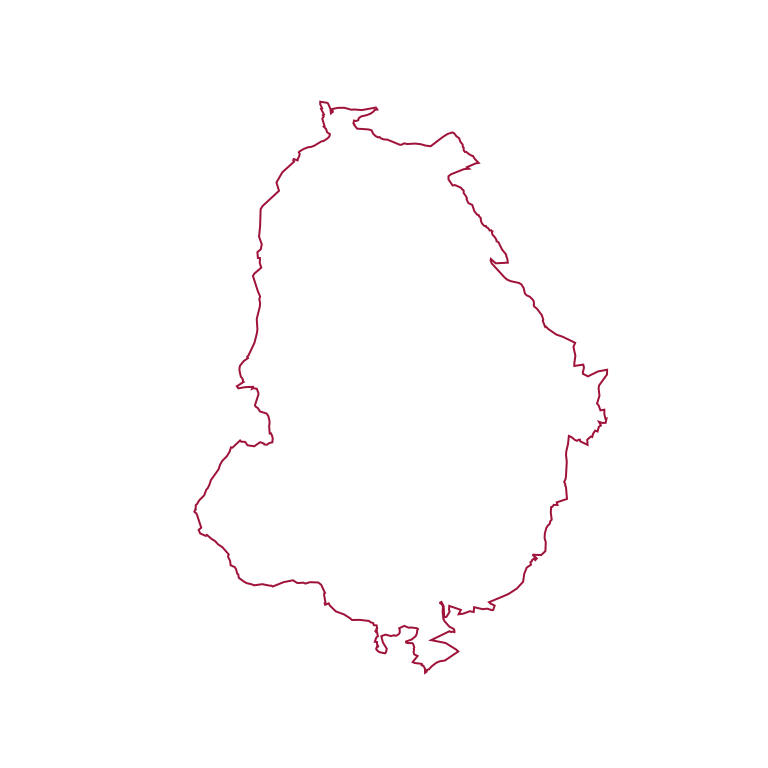 the district of Runcu Salvei, Bistrita-Nasaud, Romania, rotated 164°
{"feature_id": "2599482B46893118391872", "entity_name": "Runcu Salvei", "entity_type": "district", "adm_level": 2, "iso_a3": "ROU", "parent_name": "Romania", "parent_adm1": "Bistrita-Nasaud", "projection": "robinson", "projection_center": [24.328, 47.36], "detail": "fine", "context": "isolated", "style": "outline", "palette": "rose", "viewbox_px": 768, "rotation_deg": 164, "n_neighbors": 0, "source": "geoboundaries", "source_scale": "gbopen_adm2", "svg_char_len": 6160}
<svg xmlns="http://www.w3.org/2000/svg" viewBox="0 0 768 768"><g transform="rotate(164 384 384)"><path d="M429.5,115.8L426.7,113.3L433.1,108.8L431.5,107.4L424.9,104.6L424.7,103.7L425.2,103.2L423.8,102.2L423.1,99.1L424.1,95.1L422.4,95.7L421.4,97.3L419.5,97.3L415.9,99.5L410.6,101.6L407.0,102.1L401.7,101.4L386.3,106.4L387.8,108.8L396.1,118.0L409.3,124.8L389.2,128.3L387.9,127.0L386.7,127.2L384.7,126.1L384.2,127.9L384.5,129.3L388.0,132.7L391.1,139.1L391.7,141.7L390.5,148.7L388.6,154.0L389.4,156.8L390.4,157.7L390.3,158.4L388.9,158.7L387.9,154.0L390.4,143.1L388.1,143.0L384.5,146.2L383.6,147.3L383.8,148.9L382.4,152.7L372.4,145.7L375.7,142.1L371.2,141.4L364.1,141.9L360.6,140.1L358.9,144.6L351.1,140.3L346.7,139.6L342.5,136.8L341.3,136.7L338.7,140.5L342.1,143.6L343.2,145.3L322.3,147.8L312.6,150.8L304.8,155.5L301.5,162.9L297.4,168.2L292.6,169.7L292.3,172.4L290.7,173.0L290.2,173.9L288.1,174.8L287.1,173.0L285.2,174.2L287.9,178.3L287.6,178.8L280.1,176.2L274.9,178.9L272.1,187.4L272.1,191.6L270.6,196.0L267.7,200.8L265.6,202.7L263.3,203.9L261.9,206.3L260.2,207.4L259.1,214.5L257.3,219.6L256.0,219.6L254.1,221.0L250.6,219.9L250.6,222.6L239.8,223.1L237.5,234.7L237.8,236.7L237.3,237.7L237.8,240.2L235.6,242.7L234.6,244.9L229.7,259.0L228.6,265.6L227.2,269.3L223.7,275.5L220.6,283.1L218.4,281.3L215.8,277.5L214.2,276.2L212.6,276.8L211.0,276.4L211.2,275.1L210.7,274.4L205.1,269.4L204.0,274.4L199.6,276.5L198.4,275.7L196.7,278.6L193.8,281.0L191.8,279.5L189.3,283.6L186.9,284.4L187.8,288.4L184.9,286.4L181.7,285.6L179.6,289.5L180.7,289.5L180.5,294.2L179.3,298.6L183.2,299.0L183.6,304.4L184.6,306.5L180.1,313.4L178.9,320.7L177.7,323.3L167.0,331.7L165.6,336.2L174.8,337.1L185.8,335.1L189.9,338.9L189.7,340.3L187.3,344.5L187.1,347.7L196.1,348.9L195.3,351.6L192.2,358.5L191.7,367.4L188.9,370.9L199.3,380.2L204.7,384.0L210.8,391.4L212.6,394.6L213.3,394.4L214.0,400.9L213.2,401.7L213.3,406.6L216.1,414.0L218.3,417.2L218.4,418.6L217.7,419.4L217.3,422.4L217.7,423.9L219.8,427.7L222.4,429.9L223.3,431.5L223.6,432.8L223.3,437.6L224.4,441.7L226.2,443.8L233.8,447.9L236.8,450.3L238.8,453.3L247.2,470.2L247.5,473.1L246.8,474.7L243.3,469.2L231.5,466.5L230.9,470.6L231.3,473.2L230.9,474.7L233.5,480.8L234.8,488.5L236.5,490.4L236.2,491.8L237.2,495.0L238.5,497.5L238.6,499.5L237.7,500.7L238.3,501.0L238.5,502.2L240.1,502.4L241.0,505.3L242.4,506.6L242.4,507.7L244.1,508.4L245.5,511.2L245.9,514.2L245.2,516.8L246.4,518.9L246.4,520.3L247.7,520.9L249.5,525.1L249.8,531.8L253.0,534.6L253.7,538.9L253.1,539.7L253.4,541.7L254.8,545.7L254.1,547.8L254.4,548.6L255.2,549.4L255.7,551.2L259.0,554.1L261.1,555.7L263.3,555.9L265.6,562.8L264.8,565.9L261.9,567.1L247.9,568.5L242.9,567.5L244.5,569.6L235.1,570.8L232.1,570.4L234.7,575.4L235.7,578.8L236.6,579.1L238.8,581.4L241.1,584.6L242.2,584.7L243.0,586.5L242.3,589.3L242.9,590.1L242.4,592.5L243.9,596.1L244.0,599.4L246.2,602.4L247.3,605.4L248.9,607.0L254.0,606.8L259.2,605.3L273.6,599.7L278.3,601.7L282.6,604.4L288.1,606.6L295.6,608.3L298.4,609.8L300.8,609.2L302.7,609.5L313.3,617.9L316.8,619.2L319.1,620.8L320.2,622.6L321.8,622.7L323.8,624.7L325.5,627.7L326.0,631.3L328.8,633.0L339.5,636.9L341.2,641.0L340.8,641.6L341.6,642.8L340.2,645.5L338.4,644.5L336.0,644.7L335.0,646.5L332.0,647.5L326.0,647.2L321.9,647.7L318.6,649.0L317.6,650.0L314.8,649.7L315.6,652.0L329.7,653.4L337.9,656.4L339.3,656.4L346.1,660.5L352.4,662.2L358.1,662.6L358.1,659.8L360.4,658.8L359.7,663.5L360.5,669.2L361.4,670.1L367.5,672.9L368.2,670.5L367.5,666.0L368.7,665.9L367.4,659.6L368.7,659.2L368.2,657.8L370.2,656.0L370.1,648.2L371.0,648.0L369.4,645.0L369.3,641.7L367.1,639.0L368.4,636.9L370.3,635.8L375.2,634.2L377.1,634.5L385.3,632.3L388.5,632.0L391.6,632.5L396.3,632.1L401.2,630.8L402.0,630.2L401.6,628.6L402.5,626.6L404.8,624.1L405.4,622.8L408.8,625.1L409.6,624.1L409.2,622.5L423.3,615.6L431.8,607.4L431.7,598.6L451.4,588.7L454.4,586.1L459.5,570.1L463.5,560.1L463.0,551.9L465.4,547.4L469.3,545.7L470.5,539.9L468.5,539.2L470.1,534.5L469.9,529.7L478.3,525.8L480.2,524.0L479.7,508.4L479.0,502.1L480.5,499.9L480.8,495.9L482.1,492.5L488.4,481.6L490.6,471.5L492.0,468.2L497.1,459.4L506.6,448.6L508.0,448.0L507.6,446.4L512.5,444.7L517.2,441.4L518.3,439.7L519.2,436.9L519.6,430.8L518.4,427.4L518.9,425.3L518.4,424.7L526.1,422.4L525.2,420.0L518.2,419.2L510.8,417.4L512.1,415.8L510.8,416.0L507.6,414.5L507.2,410.1L507.6,408.5L514.0,399.0L513.5,397.5L511.9,395.6L510.8,391.8L505.0,388.0L504.0,384.9L504.2,380.7L504.9,377.4L506.0,375.4L507.5,367.9L506.3,367.8L505.9,365.6L505.9,362.5L507.4,358.7L510.5,358.9L513.2,357.9L515.7,358.8L515.9,359.9L519.1,362.2L525.9,359.9L532.1,362.7L533.4,366.6L537.3,368.0L537.9,369.4L547.2,364.6L548.5,365.3L551.0,361.6L554.8,358.0L560.8,354.6L563.9,351.5L566.5,347.6L576.8,339.4L579.6,335.3L581.9,332.7L584.0,331.3L587.6,326.5L593.4,323.3L597.0,320.0L598.3,319.5L599.1,316.9L599.9,315.7L599.6,315.3L601.4,313.7L601.3,313.0L600.1,311.5L599.8,309.7L599.3,296.3L602.4,294.8L601.9,291.0L597.2,287.1L595.9,287.8L592.3,282.4L589.8,279.8L587.7,275.6L584.3,271.6L580.2,262.9L581.1,262.0L581.5,260.6L580.7,256.4L581.4,252.0L578.0,249.2L577.2,246.6L577.4,242.5L576.6,241.1L577.0,237.7L573.2,232.8L571.0,230.5L566.0,227.7L564.4,226.3L556.1,225.1L549.4,221.6L547.8,221.2L546.8,220.0L535.0,221.2L525.6,220.4L522.5,216.9L521.4,216.3L516.4,215.3L514.5,213.8L509.8,213.9L501.9,211.3L499.7,208.3L498.3,199.4L499.2,199.2L499.7,197.9L500.5,190.1L501.5,189.6L501.4,188.0L497.6,188.4L497.1,185.9L492.9,178.6L485.9,173.5L481.1,168.1L479.9,166.0L472.5,164.0L463.8,160.4L462.7,158.8L460.3,157.2L460.3,155.0L457.6,154.0L458.0,150.9L459.0,150.5L458.8,149.4L460.4,148.8L459.9,147.5L459.1,147.5L459.4,143.2L461.1,142.6L463.9,138.8L461.8,137.9L462.4,136.0L461.9,133.4L462.4,133.1L463.1,133.6L464.6,131.4L463.5,128.9L461.8,127.2L457.2,124.8L456.1,125.6L454.3,128.7L456.3,135.9L456.1,142.3L451.7,142.7L446.8,139.8L443.5,139.7L442.9,139.0L441.1,138.7L438.6,139.6L437.4,140.7L436.6,143.6L436.8,145.0L431.2,145.9L427.4,142.9L425.2,142.5L419.9,140.3L418.9,139.1L419.8,138.3L421.2,135.1L423.0,132.9L427.7,130.8L433.8,130.4L434.0,129.4L433.0,128.6L428.3,127.1L427.7,126.2L427.5,122.5L428.4,121.3L428.4,120.0L429.4,118.4L429.5,115.8Z" fill="none" stroke="#9f1239" stroke-width="2"/></g></svg>